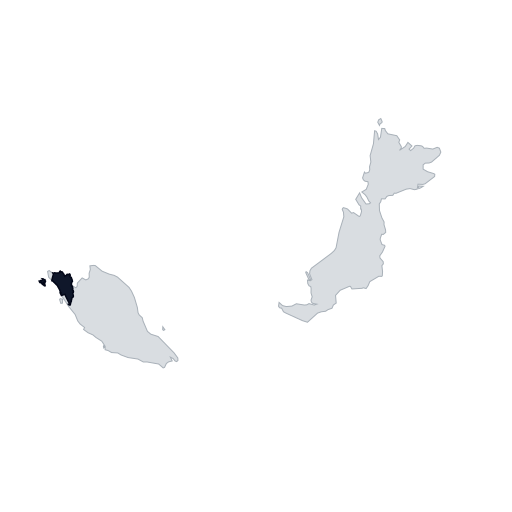 Kedah on a map of Malaysia (Natural Earth projection), rotated 338°
{"feature_id": "MYS-1140", "entity_name": "Kedah", "entity_type": "State", "adm_level": 1, "iso_a3": "MYS", "parent_name": "Malaysia", "parent_adm1": "", "projection": "natural_earth1", "projection_center": [100.502, 5.804], "detail": "fine", "context": "in_parent", "style": "filled", "palette": "ink", "viewbox_px": 512, "rotation_deg": 338, "n_neighbors": 0, "source": "natural_earth", "source_scale": "10m", "svg_char_len": 6507}
<svg xmlns="http://www.w3.org/2000/svg" viewBox="0 0 512 512"><g transform="rotate(338 256 256)"><path d="M430.5,254.4L427.8,253.9L424.1,251.2L420.3,250.3L409.3,250.3L407.7,249.5L405.6,251.0L401.7,249.7L399.6,249.8L397.1,251.4L393.7,250.0L392.0,252.4L389.8,253.9L387.5,260.2L387.0,267.8L387.5,272.4L386.4,275.0L385.9,280.3L385.1,282.7L382.0,283.7L380.7,282.9L377.9,286.1L377.2,287.5L377.1,292.6L379.3,294.3L379.2,295.4L374.7,299.7L370.8,302.2L370.2,304.3L371.8,308.9L371.1,311.0L369.1,312.1L367.5,317.9L365.7,321.6L365.0,322.0L362.3,320.8L351.9,322.4L348.8,325.5L345.9,327.4L343.5,325.6L342.3,325.7L332.6,322.5L332.2,319.6L331.3,319.1L321.2,319.3L315.0,322.3L312.7,329.7L309.4,330.4L306.9,332.9L302.6,332.7L299.9,333.3L295.7,332.2L291.7,332.0L278.9,336.7L274.8,333.3L262.4,320.2L260.6,318.0L260.2,313.9L258.8,313.2L258.3,312.2L258.1,311.0L260.0,307.7L262.0,311.9L265.1,314.2L270.5,315.9L275.5,315.4L282.5,319.6L284.8,320.3L287.3,320.0L291.6,323.3L294.3,323.4L290.8,321.1L290.1,319.4L290.5,317.5L292.8,314.9L293.2,310.8L294.9,306.8L295.3,304.9L294.0,303.5L293.7,301.0L294.7,297.6L297.0,299.3L299.0,298.9L299.0,292.6L300.5,289.9L302.8,288.1L326.8,281.8L330.7,280.3L333.3,278.4L341.9,265.1L352.1,252.6L353.5,248.2L353.4,245.1L354.0,244.4L355.1,243.9L357.3,245.6L358.5,246.8L360.7,252.1L362.7,252.3L366.1,257.5L366.8,258.1L367.8,257.7L370.4,254.5L371.2,252.0L370.6,251.7L371.8,248.9L370.7,247.1L369.7,240.8L375.7,236.3L375.7,241.5L377.5,249.0L380.5,250.0L382.1,249.6L381.2,247.3L380.9,242.9L380.1,240.0L378.1,236.3L383.2,235.5L387.0,231.5L387.6,229.0L385.1,227.5L384.1,225.6L384.1,223.5L388.0,218.8L388.4,220.2L390.9,220.6L392.1,220.5L393.8,218.6L394.7,215.8L397.7,211.9L399.4,205.7L406.9,196.0L412.9,184.3L414.1,185.3L414.5,188.4L413.2,193.9L415.9,192.5L420.4,184.8L423.1,186.1L422.9,188.2L424.0,192.1L431.6,197.2L432.7,202.2L431.0,204.1L431.7,208.9L431.1,210.4L428.6,211.8L435.4,210.4L439.4,207.6L441.8,212.4L438.0,214.2L438.8,216.2L442.5,215.1L444.7,213.4L446.9,213.8L450.4,215.7L451.5,216.8L452.2,219.1L454.7,219.9L460.0,223.1L464.7,223.1L466.4,224.7L466.3,228.9L463.8,231.3L453.9,234.7L451.3,234.6L447.7,233.3L445.1,234.1L443.5,238.1L446.5,242.0L451.7,246.2L452.4,247.2L451.4,249.2L439.8,252.4L437.4,252.1L433.1,250.1L430.5,254.4ZM55.8,198.0L57.0,192.2L58.8,192.0L60.6,195.3L66.7,197.8L68.6,197.0L69.4,197.5L70.2,198.3L72.0,202.8L75.8,202.9L76.3,210.0L74.5,212.8L74.3,214.6L77.1,218.0L78.8,217.2L80.2,214.2L86.6,211.2L89.2,214.4L91.6,214.4L93.4,213.3L94.8,209.5L97.3,206.5L98.3,202.9L102.0,203.9L103.4,204.7L107.6,212.4L113.1,217.8L117.2,220.8L119.7,223.7L126.5,237.5L127.4,242.0L127.7,248.9L126.7,259.2L125.4,264.4L125.6,266.8L127.4,270.6L126.9,274.1L127.1,285.2L129.2,289.1L135.1,294.0L143.8,315.3L145.3,321.3L144.5,323.6L142.9,324.2L141.6,323.0L140.8,320.1L138.7,317.7L139.0,321.9L135.2,321.4L132.6,322.1L129.5,325.0L128.0,325.0L125.3,319.7L115.4,313.5L111.8,312.0L107.9,307.3L99.3,302.2L93.8,297.2L91.5,294.1L85.9,291.4L83.4,288.2L81.0,286.4L82.3,283.3L81.1,277.2L77.2,271.8L75.2,268.0L71.5,264.2L68.6,259.5L70.3,258.1L67.4,253.1L66.4,249.4L66.4,242.5L63.4,232.7L60.8,219.2L61.2,214.5L60.6,209.3L55.8,198.0ZM420.6,179.9L419.4,181.2L419.0,177.6L420.7,175.7L423.2,175.3L423.3,178.6L422.7,179.5L420.6,179.9ZM50.0,197.4L51.5,200.0L50.3,201.6L49.4,201.2L47.7,202.4L45.9,199.8L45.6,198.5L47.9,198.8L50.0,197.4ZM297.8,298.1L297.2,298.4L296.2,297.5L295.9,290.0L296.6,289.3L297.6,290.8L297.8,298.1ZM60.5,223.6L58.9,227.2L57.3,226.8L57.6,222.7L58.5,222.2L60.5,223.6ZM437.2,254.0L434.2,254.5L432.1,254.5L432.4,252.5L433.4,252.1L437.2,254.0ZM143.9,290.2L142.3,290.3L141.9,289.3L143.1,286.7L143.9,290.2ZM81.5,283.8L80.4,284.3L80.6,282.7L81.4,281.9L81.5,283.8Z" fill="#d9dde1" stroke="#a8b0b8" stroke-width="1"/><path d="M61.3,195.8L61.5,196.0L62.0,196.1L62.4,196.2L62.9,196.1L63.2,196.2L63.9,196.8L64.3,197.0L65.6,197.4L66.4,197.8L66.8,197.9L67.1,197.8L68.5,196.7L68.9,196.7L68.9,196.8L68.9,197.4L69.0,197.6L69.1,197.8L69.3,197.8L69.6,197.8L69.8,197.8L70.3,198.2L70.5,198.6L70.6,199.8L70.6,200.1L70.7,200.4L71.0,200.9L71.0,201.1L71.0,201.3L70.9,201.5L70.8,201.8L70.9,202.5L71.1,203.1L71.3,202.9L71.6,202.8L71.9,202.8L72.7,203.1L73.1,203.0L73.7,202.3L74.1,202.2L74.8,202.8L75.2,203.0L76.2,202.7L76.4,202.8L76.6,203.1L76.6,203.6L76.6,204.2L76.4,204.5L76.1,204.6L75.8,205.0L75.8,205.6L76.1,206.0L76.5,206.3L76.7,206.8L76.6,207.8L76.6,209.2L76.4,210.0L76.4,210.5L76.2,210.9L75.8,211.1L75.4,211.2L75.0,211.5L74.1,213.5L74.0,213.8L73.9,214.1L74.0,214.4L74.1,214.6L73.9,214.6L73.7,214.7L73.7,214.8L73.8,215.2L73.9,215.4L74.0,215.5L74.3,215.7L74.3,215.8L74.3,216.0L74.0,217.4L74.0,217.5L73.9,217.6L73.7,217.8L73.4,218.2L73.2,218.4L73.1,218.6L73.2,218.8L73.3,218.9L73.3,219.0L73.5,219.0L73.6,219.3L73.5,219.8L73.5,220.0L73.5,220.4L73.3,220.8L73.2,221.0L72.9,221.4L72.8,221.5L72.7,221.5L72.6,221.4L72.4,221.4L72.3,221.5L72.2,221.8L72.0,222.3L71.9,223.2L71.9,223.4L71.9,223.6L71.9,223.8L71.7,224.6L71.6,224.9L71.5,225.0L71.2,225.4L71.1,225.5L70.9,225.5L70.3,225.7L69.6,225.8L69.4,226.0L69.2,226.4L69.2,226.7L69.2,226.8L69.0,227.0L68.5,227.4L68.4,227.5L68.2,228.0L68.1,228.4L68.0,228.5L67.9,228.7L66.4,230.2L66.3,230.4L66.2,230.8L65.8,231.2L65.5,231.7L65.4,231.8L65.2,231.8L64.9,231.7L64.6,231.5L64.4,231.4L64.2,231.1L64.0,230.5L64.7,230.6L64.9,230.6L65.0,230.6L65.2,230.4L65.2,230.2L64.9,227.3L64.5,222.1L64.5,220.7L64.6,220.4L64.7,220.1L64.3,219.9L64.0,219.9L60.8,219.7L60.8,219.3L60.6,217.2L60.8,217.3L61.1,217.3L61.3,217.3L61.5,217.2L61.5,216.9L61.3,216.8L61.1,216.7L61.3,213.6L60.7,208.6L60.5,208.2L60.2,207.7L60.0,207.2L59.6,206.1L58.8,204.4L58.5,203.5L58.2,203.1L57.5,202.5L57.7,202.3L57.7,201.9L57.8,201.7L60.2,198.4L60.4,198.2L60.9,197.8L61.0,197.7L61.3,196.5L61.3,196.3L61.3,196.2L61.3,195.8ZM51.1,199.9L51.3,200.3L51.4,200.5L51.2,200.8L50.9,200.9L50.7,201.2L50.5,201.4L50.3,201.7L50.0,201.5L49.9,200.9L49.5,200.9L49.1,201.0L48.8,201.5L48.5,201.9L48.1,201.9L47.8,202.2L47.6,202.4L47.4,202.4L47.1,201.2L47.3,200.8L47.2,200.2L46.9,200.0L46.3,199.9L45.9,199.9L45.7,199.6L45.6,199.1L45.6,198.1L46.1,198.3L46.6,198.1L47.3,198.1L47.6,198.4L48.3,198.5L48.6,198.4L49.0,198.1L49.2,197.7L49.5,197.6L49.8,197.6L49.7,197.4L49.6,197.2L49.8,197.3L50.0,197.4L50.2,197.9L50.4,198.3L50.6,198.5L51.1,198.7L51.0,198.9L51.2,199.1L51.4,199.2L51.3,199.5L51.1,199.9ZM48.6,202.9L48.9,202.2L49.5,201.9L49.7,201.6L49.8,202.0L49.6,202.3L49.5,202.5L49.5,202.8L49.4,203.0L49.4,203.4L49.6,203.8L49.5,204.2L49.3,204.6L49.1,204.7L48.7,204.3L48.6,203.9L48.4,203.9L48.2,203.4L48.6,202.9Z" fill="#0f172a" stroke="#020617" stroke-width="1.5"/></g></svg>